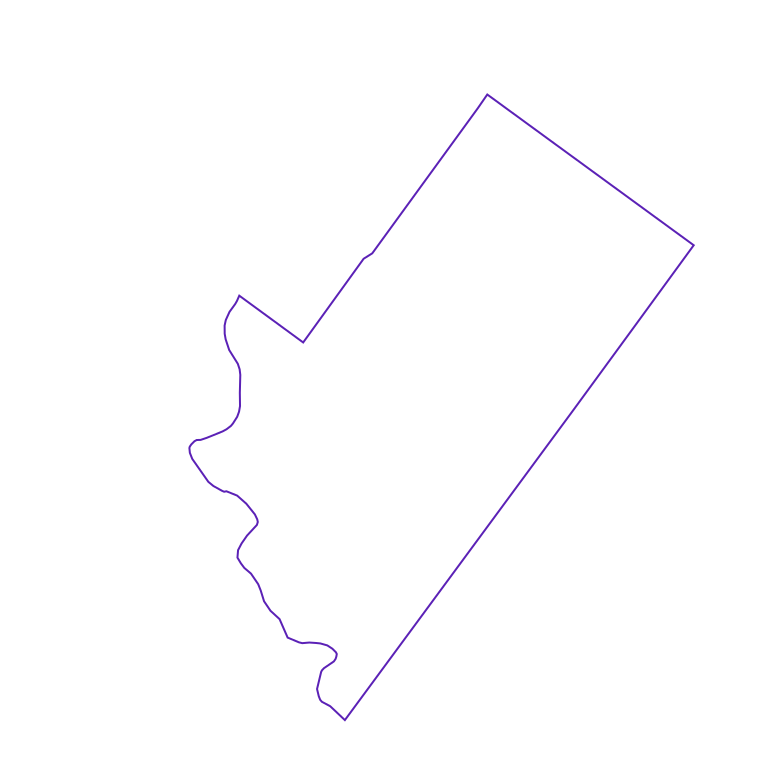 Dixon, Nebraska, United States of America (orthographic projection), rotated 216°
{"feature_id": "52423323B39829047876062", "entity_name": "Dixon", "entity_type": "district", "adm_level": 2, "iso_a3": "USA", "parent_name": "United States of America", "parent_adm1": "Nebraska", "projection": "orthographic", "projection_center": [-96.803, 42.513], "detail": "fine", "context": "isolated", "style": "outline", "palette": "violet", "viewbox_px": 768, "rotation_deg": 216, "n_neighbors": 0, "source": "geoboundaries", "source_scale": "gbopen_adm2", "svg_char_len": 1192}
<svg xmlns="http://www.w3.org/2000/svg" viewBox="0 0 768 768"><g transform="rotate(216 384 384)"><path d="M386.2,678.7L470.6,678.9L470.2,662.4L470.2,659.5L470.3,482.8L474.1,473.4L473.8,370.1L553.0,370.4L551.8,364.9L551.4,361.3L551.4,351.6L549.6,342.8L547.3,337.6L542.4,331.0L538.4,327.1L529.2,320.5L514.1,314.4L509.4,311.0L505.6,306.9L495.5,292.2L487.5,281.5L485.0,276.4L483.5,271.2L483.0,263.3L483.2,260.2L484.8,254.8L486.7,250.8L495.8,236.2L499.5,231.0L502.6,228.6L503.7,226.3L504.4,221.8L504.3,219.1L503.8,217.8L500.6,214.2L495.1,210.7L468.6,201.6L462.1,201.2L452.1,202.4L450.0,202.9L448.4,204.6L437.2,207.4L424.9,206.2L411.8,202.6L407.0,200.0L405.0,198.2L404.0,195.3L405.7,180.9L405.5,171.3L404.4,163.8L400.5,157.4L394.4,154.8L388.9,153.1L380.1,152.4L368.1,148.1L362.4,144.5L353.3,137.7L342.5,133.8L330.3,132.4L312.9,122.2L301.0,125.0L297.8,126.3L292.5,130.9L286.8,134.5L283.0,136.7L276.2,139.2L270.2,139.5L265.2,138.7L263.5,137.8L262.4,135.6L261.6,133.2L261.5,130.1L265.5,118.9L265.9,115.9L265.6,114.1L258.9,97.9L253.3,93.1L250.0,91.0L247.4,90.4L238.1,91.7L218.1,89.1L215.5,472.7L215.2,575.3L215.0,678.3L385.7,678.7L386.2,678.7Z" fill="none" stroke="#5b21b6" stroke-width="2"/></g></svg>